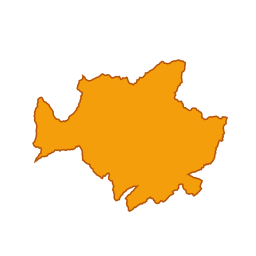 Angaraes, Huancavelica, Peru, rotated 196°
{"feature_id": "86281439B42850233114855", "entity_name": "Angaraes", "entity_type": "district", "adm_level": 2, "iso_a3": "PER", "parent_name": "Peru", "parent_adm1": "Huancavelica", "projection": "natural_earth1", "projection_center": [-74.625, -13.058], "detail": "fine", "context": "isolated", "style": "filled", "palette": "amber", "viewbox_px": 256, "rotation_deg": 196, "n_neighbors": 0, "source": "geoboundaries", "source_scale": "gbopen_adm2", "svg_char_len": 5727}
<svg xmlns="http://www.w3.org/2000/svg" viewBox="0 0 256 256"><g transform="rotate(196 128 128)"><path d="M98.5,54.5L96.2,57.5L95.5,57.7L95.2,58.7L94.8,59.0L94.0,58.8L93.2,59.1L92.7,60.4L91.2,60.9L90.9,61.8L89.9,62.9L90.1,64.5L89.7,64.9L89.7,65.4L88.4,66.2L87.7,67.6L87.0,67.5L86.3,66.7L84.7,67.0L83.5,65.9L83.3,65.4L82.4,65.4L81.6,64.5L81.6,64.1L80.8,63.7L79.6,63.5L78.6,63.6L77.7,64.3L76.3,67.2L75.4,67.3L74.2,66.6L73.4,67.0L71.9,68.7L69.1,74.6L67.4,76.2L66.7,76.5L66.3,77.2L66.2,77.9L67.6,78.7L67.3,79.7L65.5,81.3L63.5,82.0L63.2,83.4L62.7,84.2L63.6,86.5L63.0,88.0L62.4,88.1L60.6,89.1L59.9,88.8L59.5,88.4L59.4,87.2L58.3,85.5L57.0,84.5L55.4,84.2L54.3,82.3L53.6,81.5L51.1,81.2L49.2,82.3L47.8,82.6L46.7,81.2L45.9,80.9L45.0,82.1L44.7,82.9L43.8,83.4L43.2,84.3L43.3,85.1L42.6,85.7L40.6,89.9L41.3,90.6L42.5,91.1L42.6,92.4L42.4,93.1L42.7,94.1L42.5,95.1L42.1,95.8L42.3,96.9L42.2,97.7L46.0,98.7L47.8,98.5L48.8,98.8L51.0,98.3L53.4,99.1L54.6,99.1L56.1,99.9L57.4,99.9L55.4,102.1L54.6,102.4L53.9,103.2L50.7,104.7L49.7,106.1L48.5,106.7L47.2,108.0L46.1,108.2L46.2,110.0L44.8,110.6L44.5,111.2L44.6,113.4L43.8,113.4L43.1,113.8L42.7,115.0L41.2,114.9L40.3,116.1L39.3,116.1L38.8,116.5L37.2,120.1L36.8,122.1L36.7,124.8L37.1,125.6L37.2,127.1L36.7,128.1L37.6,129.3L37.3,131.7L38.0,133.5L36.9,134.7L37.1,136.2L36.9,137.7L36.9,140.5L36.4,141.5L35.8,141.7L35.1,141.2L34.5,141.2L33.6,142.2L33.7,143.0L34.6,144.2L34.0,145.8L34.8,147.3L34.6,148.4L34.1,148.8L34.0,149.3L34.5,150.6L35.3,151.5L35.8,153.3L36.5,154.0L36.5,156.8L36.1,157.8L35.0,158.9L35.1,160.2L35.8,161.7L35.6,165.2L37.0,165.4L40.3,164.7L40.3,163.4L41.1,162.5L43.1,162.4L44.1,163.1L46.1,163.6L46.7,163.5L50.7,161.5L51.5,161.6L52.9,160.9L53.6,160.2L54.7,158.2L56.9,157.2L57.5,157.7L60.1,158.6L60.1,159.6L61.2,162.3L62.5,163.2L64.3,163.5L65.1,164.2L66.7,164.2L67.8,165.4L69.3,165.5L70.1,165.1L71.0,165.1L71.9,164.4L72.5,162.4L73.5,161.8L74.3,161.8L78.6,163.3L79.5,162.9L80.0,163.0L81.1,164.4L81.6,166.1L82.9,166.9L83.9,168.4L86.0,167.5L87.6,167.9L88.9,168.9L90.3,168.6L91.3,169.2L91.8,171.4L91.2,172.9L92.0,173.9L92.8,174.3L93.0,174.9L91.4,176.5L91.3,181.2L91.0,182.4L89.8,183.5L90.2,184.9L90.1,185.4L88.6,186.7L90.0,190.2L90.6,191.2L91.2,195.0L91.6,196.0L91.4,196.6L90.5,197.4L90.0,198.4L89.7,200.3L90.5,203.0L90.6,205.0L91.1,206.7L92.4,206.8L93.6,207.5L95.9,207.0L97.3,207.4L99.1,206.8L101.0,205.3L101.5,205.4L102.5,205.0L104.0,204.0L105.7,201.7L108.1,200.5L109.3,200.7L111.0,200.2L112.2,201.4L113.6,201.4L115.3,198.9L115.7,197.8L117.2,196.7L120.1,191.2L122.6,189.1L124.2,186.5L126.0,185.9L126.4,185.6L126.1,183.7L127.8,180.6L128.6,180.1L130.6,179.9L131.0,177.3L132.5,176.7L132.3,173.9L134.0,172.7L134.6,171.1L137.2,171.6L138.3,171.2L138.8,171.4L140.7,173.0L142.7,176.1L143.3,176.4L144.6,175.0L146.7,174.8L147.1,174.3L147.3,173.4L148.1,172.7L148.9,173.0L149.8,174.5L150.6,175.1L152.0,174.2L153.6,174.2L154.3,173.8L155.8,172.3L157.3,171.7L160.8,173.7L162.6,173.4L163.5,172.7L164.9,172.1L166.4,172.8L167.6,172.9L170.3,169.0L172.3,167.7L174.3,165.7L175.2,165.2L176.0,163.9L178.7,162.5L181.9,162.9L183.7,164.9L185.8,165.7L185.4,164.9L185.4,163.8L185.0,163.0L186.2,161.3L187.8,160.1L187.5,159.8L187.7,158.0L187.4,157.2L188.1,155.1L187.7,154.0L187.9,152.4L187.1,151.3L185.6,151.0L183.8,149.9L181.9,149.6L181.5,149.0L181.6,148.2L181.4,146.4L182.2,145.6L181.3,144.4L181.5,143.6L181.4,142.2L181.7,141.6L181.1,140.1L181.7,139.0L181.9,136.5L181.3,135.4L182.6,133.1L182.7,132.4L182.3,131.7L183.3,129.7L183.5,128.8L184.4,126.9L187.6,122.8L187.6,120.4L188.6,118.4L190.1,117.7L190.4,116.7L191.8,117.0L192.6,116.3L194.2,115.6L195.5,116.1L196.9,117.2L198.6,116.9L200.3,117.2L202.9,119.4L203.6,120.5L204.5,123.1L207.9,126.0L209.0,126.7L210.6,128.6L212.8,129.3L214.0,130.1L215.2,130.1L216.8,130.7L218.3,132.9L219.4,133.6L220.2,133.4L221.3,132.5L222.2,131.3L222.4,130.3L222.0,129.5L222.0,128.6L221.6,127.6L221.8,126.5L221.5,125.2L220.8,123.6L222.0,121.4L221.9,120.3L222.1,117.1L221.1,115.2L221.6,113.9L220.4,112.2L220.1,111.4L220.2,110.6L219.7,109.3L218.9,108.3L217.8,107.8L217.7,107.3L216.5,105.5L216.0,104.1L215.5,100.0L214.4,97.5L213.8,94.2L214.0,89.4L214.9,87.8L215.0,87.0L213.9,85.6L212.4,84.5L211.1,84.2L209.3,85.1L207.7,84.2L206.5,84.8L205.6,84.1L205.4,83.2L204.9,79.6L206.0,78.5L206.4,76.0L207.8,73.3L208.0,70.2L206.1,72.5L205.6,73.6L203.5,75.3L202.9,77.0L200.5,77.4L198.0,78.9L197.4,80.8L195.2,82.3L194.4,83.6L193.3,84.1L192.5,85.3L192.1,86.6L191.3,86.9L190.6,86.9L188.3,87.8L187.2,87.1L186.2,88.3L184.5,89.2L183.2,89.5L181.6,89.3L180.0,90.7L177.4,91.2L176.2,92.1L175.2,92.0L173.3,93.9L172.9,95.4L172.5,96.0L171.4,95.9L171.0,97.1L169.4,97.2L168.6,96.2L168.1,96.0L167.7,95.4L167.0,94.9L165.7,93.3L165.3,92.1L164.8,91.5L164.8,89.9L163.9,88.8L163.7,87.3L163.2,86.4L162.6,84.6L160.9,84.2L160.1,83.4L158.5,82.8L156.0,82.3L154.8,82.6L154.3,82.0L154.1,80.8L153.8,80.5L152.4,79.4L150.4,78.9L149.6,77.1L148.8,76.7L148.1,75.9L146.8,75.7L145.5,74.5L141.2,73.5L139.9,72.6L138.8,72.4L138.6,72.9L138.6,74.7L138.1,75.4L136.8,75.3L136.3,76.9L135.5,77.7L135.4,78.5L134.3,79.3L133.9,79.3L132.9,77.3L133.1,75.9L132.4,73.6L130.2,72.5L128.7,72.7L128.0,71.9L127.8,70.7L127.1,70.2L126.5,68.9L125.8,68.4L125.6,67.1L125.8,66.5L125.5,65.7L125.7,64.3L124.6,63.4L123.4,61.1L122.8,60.6L122.4,58.1L121.7,56.6L121.2,55.9L119.5,54.9L118.3,55.5L117.5,56.4L116.6,56.8L116.6,59.0L115.7,61.7L115.2,62.1L114.7,63.3L114.6,64.6L112.8,66.5L112.1,68.4L110.1,70.5L107.9,72.0L107.4,72.8L106.3,73.7L105.2,74.0L104.4,73.8L103.2,74.5L104.9,71.1L105.6,69.0L106.9,67.4L107.9,64.6L109.0,64.0L111.0,59.5L109.1,58.6L108.6,56.9L108.6,55.3L107.7,53.4L106.9,52.5L106.2,52.2L105.7,51.5L105.1,50.3L105.1,49.3L103.8,48.5L103.4,48.5L103.1,49.2L102.4,49.6L100.9,51.3L100.1,53.4L98.7,53.7L98.5,54.5Z" fill="#f59e0b" stroke="#b45309" stroke-width="1.5"/></g></svg>